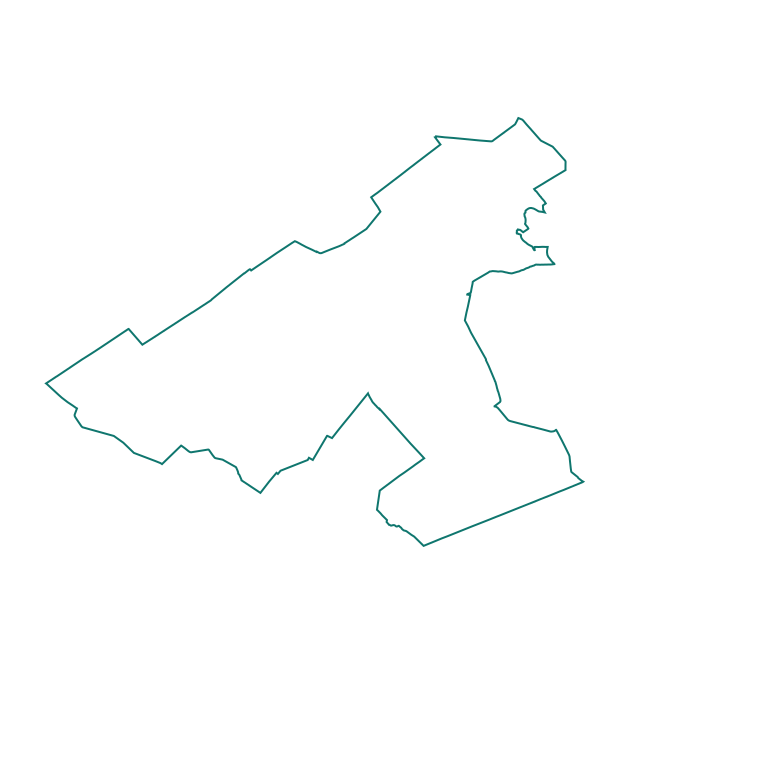 Albesti, Constanta, Romania (Robinson projection), rotated 325°
{"feature_id": "2599482B76974698099004", "entity_name": "Albesti", "entity_type": "district", "adm_level": 2, "iso_a3": "ROU", "parent_name": "Romania", "parent_adm1": "Constanta", "projection": "robinson", "projection_center": [28.424, 43.8], "detail": "fine", "context": "isolated", "style": "outline", "palette": "teal", "viewbox_px": 768, "rotation_deg": 325, "n_neighbors": 0, "source": "geoboundaries", "source_scale": "gbopen_adm2", "svg_char_len": 6058}
<svg xmlns="http://www.w3.org/2000/svg" viewBox="0 0 768 768"><g transform="rotate(325 384 384)"><path d="M107.5,189.7L107.8,190.6L111.3,206.6L112.2,210.4L114.4,217.4L116.6,223.0L118.0,226.9L118.5,227.9L113.0,231.7L112.7,232.0L112.2,233.1L112.1,233.9L112.0,237.6L111.9,245.1L112.2,246.5L132.9,271.6L136.8,282.6L139.6,297.0L152.6,316.1L155.6,320.7L156.2,322.3L182.5,318.1L182.8,318.8L184.0,322.3L185.2,326.5L185.8,328.1L186.3,328.8L186.8,329.3L202.3,336.8L202.7,337.2L202.8,337.6L202.8,338.0L202.8,339.4L202.8,344.0L203.0,347.2L203.2,347.7L203.7,348.4L207.0,351.9L208.4,353.4L215.0,367.1L215.0,367.6L214.4,370.7L213.9,372.6L213.2,373.8L213.4,375.3L213.2,376.4L212.3,380.8L212.0,381.2L212.3,381.9L220.3,402.3L233.8,398.1L245.0,395.1L245.5,396.8L249.5,395.7L277.9,402.5L280.2,401.4L282.1,405.4L307.6,393.8L307.8,393.9L310.4,398.5L320.6,395.4L328.9,393.0L337.9,390.5L365.5,382.5L365.3,383.2L365.2,384.1L364.8,386.4L364.5,390.1L364.3,391.5L364.3,392.3L364.4,393.5L364.6,394.5L364.7,395.8L365.0,397.3L365.2,399.3L365.6,400.8L365.9,403.0L366.0,403.2L366.1,403.3L366.3,403.0L371.6,448.4L371.8,449.7L373.4,461.0L374.3,467.9L372.1,467.9L368.4,468.0L363.3,468.0L360.5,468.1L349.6,468.2L344.0,468.1L324.5,468.7L319.4,468.9L306.1,483.0L306.4,484.4L307.0,488.0L307.2,490.5L308.4,497.2L307.0,498.5L307.4,502.3L307.7,502.4L308.4,503.9L308.6,504.1L309.1,504.3L310.7,504.9L311.4,505.5L311.7,505.9L312.0,506.7L312.1,507.3L312.7,508.1L312.9,508.2L314.7,508.6L314.8,508.7L314.9,508.9L315.0,509.6L315.6,511.6L315.6,513.3L315.8,513.8L316.1,515.1L317.6,516.9L318.0,517.6L319.9,523.2L321.2,526.3L323.6,539.3L334.6,541.8L342.7,543.6L349.1,545.2L374.4,551.1L382.6,553.1L391.3,555.2L399.9,557.2L403.1,558.0L424.8,563.1L441.3,567.0L446.6,568.2L456.1,570.5L464.1,572.3L466.3,572.8L470.3,573.8L490.4,578.3L491.2,578.3L490.5,576.8L489.2,572.5L489.3,571.6L489.3,571.3L487.1,563.8L487.1,563.4L487.2,563.0L488.4,560.6L491.8,554.4L494.4,549.8L494.9,548.3L496.3,539.3L497.3,532.5L498.3,524.7L498.7,520.7L498.7,520.3L498.5,520.2L497.5,520.3L496.9,520.3L496.1,520.1L495.3,519.8L493.5,518.8L492.8,518.1L488.4,512.8L482.4,505.8L482.1,505.3L481.2,504.5L479.3,502.3L466.0,486.6L465.3,485.5L465.2,485.3L464.9,484.4L464.8,483.5L463.8,471.5L463.5,468.9L463.2,468.0L463.0,467.4L462.5,466.6L461.7,465.8L461.8,465.6L468.7,465.3L469.3,465.0L469.7,464.7L470.7,462.9L472.9,456.6L473.3,455.1L473.3,454.6L473.6,454.2L474.2,452.3L474.3,452.0L475.1,450.1L476.0,447.5L476.5,446.1L476.5,445.2L476.7,444.9L480.1,429.3L481.2,422.8L481.3,422.7L481.5,422.6L481.7,422.3L481.8,421.5L484.7,391.9L485.9,385.2L486.7,378.3L492.6,372.7L497.0,368.8L505.0,361.3L505.6,360.7L503.5,358.5L503.9,358.2L504.7,358.4L506.4,358.9L506.9,359.2L507.6,358.6L507.9,358.6L510.8,355.7L514.1,352.6L515.2,351.3L515.5,351.2L517.4,351.2L533.1,352.5L534.2,352.5L535.0,352.5L535.4,352.6L536.1,353.1L537.1,353.5L537.9,353.9L538.5,354.4L540.5,356.0L542.0,357.4L544.1,358.6L544.6,359.0L545.7,360.0L547.5,362.1L548.6,363.2L549.8,364.6L551.5,366.2L552.0,366.6L552.6,366.9L557.0,368.4L557.9,368.7L558.8,369.1L559.9,369.4L560.8,369.5L561.8,369.7L563.3,370.3L563.8,370.5L564.6,370.6L566.7,370.8L569.3,371.6L570.9,371.7L571.1,371.7L572.1,372.2L573.5,372.5L574.8,373.0L576.0,373.1L576.9,373.3L580.1,375.7L589.5,382.0L592.3,383.5L592.5,383.1L591.8,380.2L591.5,374.1L591.9,371.9L593.1,369.6L594.4,367.9L596.7,365.6L593.9,363.6L592.9,362.8L589.3,360.5L587.4,359.1L586.3,358.3L586.1,358.2L585.9,358.2L585.5,358.5L585.0,359.4L584.6,359.9L584.4,360.2L584.3,360.8L584.2,360.8L583.9,360.6L583.8,360.0L583.8,359.5L584.0,359.2L584.1,358.6L584.1,358.3L584.0,358.0L584.2,357.6L584.2,357.3L584.3,356.8L584.2,356.4L584.1,356.2L583.6,355.2L583.4,354.8L583.0,354.0L582.8,353.8L581.9,351.7L581.4,349.6L581.1,348.9L580.4,346.4L580.3,345.6L580.3,345.4L580.3,343.5L580.5,342.6L580.9,341.5L581.4,340.9L581.6,340.4L581.2,339.4L579.9,337.9L579.9,337.5L579.8,337.1L579.2,336.8L579.4,336.3L580.0,335.6L580.7,334.9L580.8,334.6L582.4,334.2L582.7,335.0L583.2,335.2L583.7,335.6L584.0,336.2L584.3,336.9L584.4,337.4L584.6,338.1L584.9,339.1L585.0,339.1L585.1,339.5L585.4,339.5L590.2,339.6L591.1,339.6L591.4,339.5L591.6,338.0L591.3,334.0L591.5,333.6L592.2,333.2L592.8,332.5L594.0,331.0L594.6,330.0L595.2,328.5L595.3,327.5L596.3,325.6L596.7,325.1L597.2,324.8L598.0,324.8L598.2,324.7L598.5,324.4L599.0,323.5L599.7,323.2L601.3,323.1L602.5,323.1L603.8,323.3L604.9,323.8L605.7,324.4L607.2,326.1L608.2,328.0L609.1,330.0L609.4,330.7L609.8,331.4L610.5,332.1L612.4,333.8L614.1,335.7L614.4,332.4L616.6,328.9L620.1,328.9L620.2,326.3L620.1,325.2L619.8,322.6L619.7,321.7L619.7,321.2L619.8,320.6L619.5,319.6L619.5,318.2L619.4,316.8L619.3,314.1L619.3,313.8L618.9,312.7L618.8,311.3L618.8,310.4L641.7,311.9L655.4,312.9L655.7,312.4L656.3,311.5L659.1,307.6L660.0,306.4L660.4,305.7L660.5,304.9L660.0,300.9L658.3,286.4L658.1,286.0L652.3,275.0L652.1,274.5L651.8,272.2L650.5,260.6L650.4,259.4L650.1,257.1L649.6,253.0L649.2,248.2L648.9,246.8L648.7,246.4L646.8,243.5L646.6,243.2L644.4,244.4L642.3,245.5L640.5,246.4L640.0,246.5L613.9,247.1L612.4,247.2L611.8,247.1L611.3,246.9L610.8,246.6L601.8,239.2L593.4,232.0L582.0,222.3L575.3,216.8L568.7,211.0L568.2,211.6L567.7,211.2L567.3,211.1L567.6,220.2L552.5,220.8L529.1,221.8L517.7,222.4L507.5,222.8L488.2,223.6L485.4,223.6L480.6,223.7L480.4,231.3L480.4,235.7L479.9,240.8L458.5,246.9L442.9,246.5L441.0,246.4L437.3,246.3L435.4,246.2L434.1,246.2L433.0,246.1L432.2,246.1L432.0,246.4L431.0,246.3L429.8,246.0L428.5,245.8L426.0,245.3L417.3,243.1L411.3,241.7L408.2,241.0L407.6,240.8L407.0,240.4L406.3,239.8L404.9,237.0L404.5,237.2L402.1,232.8L398.7,227.0L397.4,224.4L396.6,222.9L395.7,221.0L394.3,218.2L393.7,217.1L393.3,216.6L392.9,215.9L389.4,215.7L381.4,215.5L371.6,215.2L359.0,215.1L347.9,214.9L340.3,214.8L340.2,213.4L340.0,213.1L339.4,213.0L338.0,213.0L333.0,213.3L332.8,213.1L329.6,213.3L311.0,214.4L291.6,215.9L290.3,216.2L268.0,215.5L267.9,215.4L258.9,215.0L258.6,215.0L228.9,214.0L227.5,214.0L208.6,213.2L206.4,192.4L206.2,192.3L173.1,191.6L163.3,191.3L150.4,190.7L129.9,190.3L120.5,190.1L119.5,190.0L107.5,189.7Z" fill="none" stroke="#0f766e" stroke-width="2"/></g></svg>